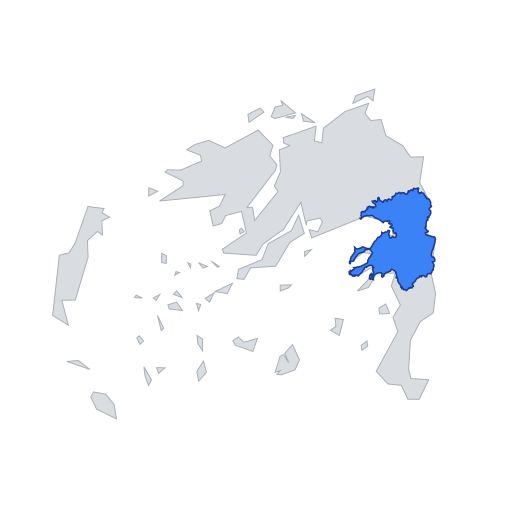 location of Kentrikis Makedonias, Kentriki Makedonia, Greece, rotated 101°
{"feature_id": "26713481B13719921321351", "entity_name": "Kentrikis Makedonias", "entity_type": "district", "adm_level": 2, "iso_a3": "GRC", "parent_name": "Greece", "parent_adm1": "Kentriki Makedonia", "projection": "equal_earth", "projection_center": [23.125, 40.657], "detail": "fine", "context": "in_parent", "style": "filled", "palette": "blue", "viewbox_px": 512, "rotation_deg": 101, "n_neighbors": 0, "source": "geoboundaries", "source_scale": "gbopen_adm2", "svg_char_len": 9728}
<svg xmlns="http://www.w3.org/2000/svg" viewBox="0 0 512 512"><g transform="rotate(101 256 256)"><path d="M344.4,62.8L365.6,68.5L367.6,79.6L355.2,88.7L356.5,102.1L346.2,116.0L303.2,102.3L290.0,109.9L276.5,104.9L259.7,117.4L246.1,116.1L250.6,134.5L265.4,139.6L271.0,149.8L252.6,137.9L244.7,139.5L255.0,151.6L254.1,160.0L242.0,145.5L231.7,143.2L232.1,151.6L242.4,160.4L230.5,158.7L226.9,145.9L209.1,135.6L210.2,124.9L197.7,130.2L196.0,156.0L227.6,204.7L220.1,208.9L220.4,200.0L210.1,197.3L206.5,200.0L208.5,205.0L212.0,212.9L216.3,212.5L194.8,222.2L224.4,233.9L243.1,251.5L255.3,256.0L259.3,288.3L255.7,290.2L235.2,269.7L215.0,278.7L222.0,293.5L230.6,295.8L234.7,303.8L220.4,309.9L214.1,301.4L201.5,298.0L220.4,361.1L201.0,341.1L196.3,341.9L191.0,361.1L188.3,359.5L186.1,346.4L173.2,327.5L167.8,329.7L164.9,344.3L158.2,337.1L151.5,324.5L155.8,306.9L132.0,277.9L144.2,260.4L155.2,261.7L162.5,252.9L168.1,253.3L210.0,274.1L208.8,268.8L221.4,264.0L188.4,246.6L184.0,251.3L168.6,248.1L147.3,253.3L141.2,243.8L139.9,250.3L134.7,251.9L117.1,221.8L131.9,220.6L132.3,213.0L117.6,214.2L97.2,196.1L84.6,174.5L95.2,176.2L101.1,169.2L98.2,159.2L113.1,151.5L119.7,133.0L129.4,123.1L126.7,110.4L152.8,109.3L170.7,94.7L192.0,95.4L201.8,92.0L204.3,83.5L240.5,80.4L258.4,72.6L278.0,71.2L288.9,82.1L309.3,88.4L337.9,84.6L346.8,80.5L344.4,62.8ZM250.9,414.1L264.7,410.6L262.2,416.4L273.0,424.4L289.2,420.6L333.7,425.0L336.5,438.2L359.7,427.0L353.1,444.3L292.8,449.2L288.7,440.2L277.9,436.0L239.5,430.4L238.4,414.2L243.0,415.4L245.8,407.1L250.9,414.1ZM224.6,212.9L236.1,225.3L262.2,234.7L268.7,259.1L281.2,263.3L281.9,270.5L272.4,270.6L258.5,249.4L241.6,246.4L224.3,226.0L207.8,222.0L224.6,212.9ZM360.3,196.0L367.8,208.4L368.1,212.9L363.9,210.4L366.5,215.0L349.8,213.2L347.5,210.1L354.5,203.4L346.0,209.2L336.0,203.3L349.7,193.5L360.3,196.0ZM426.1,391.2L420.5,389.6L420.3,377.1L428.8,367.0L442.5,361.9L436.7,383.3L426.1,391.2ZM347.6,259.2L343.5,262.5L338.8,257.8L343.0,251.5L336.6,238.9L350.2,240.8L347.6,259.2ZM108.0,244.6L117.5,263.6L116.3,267.7L106.0,265.6L103.0,258.3L98.6,261.4L108.0,244.6ZM87.7,190.1L79.4,188.5L69.5,171.2L81.5,170.8L78.0,176.8L87.7,190.1ZM318.0,159.0L314.7,168.9L310.0,164.1L302.0,166.4L301.7,158.1L318.0,159.0ZM379.6,282.5L389.7,288.4L380.7,292.1L369.1,287.5L379.6,282.5ZM289.3,123.5L283.8,125.5L278.3,119.5L286.9,113.9L289.3,123.5ZM113.2,275.7L126.2,288.4L118.5,290.9L110.0,280.0L113.2,275.7ZM324.6,331.0L320.7,333.2L316.5,325.1L323.5,317.9L324.6,331.0ZM298.4,277.1L298.7,289.3L287.2,273.9L298.4,277.1ZM399.0,397.5L395.6,421.5L392.5,410.5L399.0,397.5ZM114.6,235.2L107.7,238.4L113.9,223.5L114.6,235.2ZM217.6,372.8L209.5,374.2L211.2,364.8L217.6,372.8ZM386.1,344.9L397.5,335.0L403.6,336.7L394.9,342.0L386.1,344.9ZM345.3,298.7L347.7,292.6L359.2,290.4L352.9,296.4L345.3,298.7ZM310.9,320.6L309.4,329.7L305.3,327.2L310.9,320.6ZM310.2,292.9L307.3,297.8L300.2,290.2L310.2,292.9ZM285.8,225.5L280.0,226.7L277.6,215.8L281.0,217.9L285.8,225.5ZM328.4,134.1L323.6,135.6L318.2,130.9L323.3,129.1L328.4,134.1ZM280.5,342.8L280.3,347.4L271.4,349.1L272.7,343.9L280.5,342.8ZM347.3,334.8L333.3,341.3L344.5,332.8L347.3,334.8ZM274.3,291.8L269.5,298.8L273.4,289.9L274.3,291.8ZM320.7,302.0L313.9,305.4L314.1,301.0L320.7,302.0ZM364.8,353.1L359.2,357.4L356.5,355.4L360.8,350.1L364.8,353.1ZM389.8,329.1L384.6,332.3L383.1,324.1L389.8,329.1ZM277.9,305.7L273.5,311.1L275.7,301.8L277.9,305.7ZM113.9,245.9L114.2,253.5L110.6,244.2L113.9,245.9ZM318.6,345.5L316.8,348.9L312.2,343.1L318.6,345.5ZM247.1,208.2L242.2,209.2L239.1,202.8L247.1,208.2ZM237.3,275.9L233.7,277.3L231.6,275.6L234.4,272.2L237.3,275.9ZM280.1,318.1L275.6,321.6L276.3,318.4L280.1,318.1ZM318.9,359.6L320.1,367.3L317.3,366.2L318.9,359.6ZM290.4,332.1L286.6,331.5L286.8,327.9L290.4,332.1Z" fill="#d9dde1" stroke="#a8b0b8" stroke-width="1"/><path d="M240.1,81.0L239.1,80.9L238.1,80.2L236.8,80.3L235.9,79.4L234.1,79.7L232.2,79.3L231.4,79.8L230.6,79.6L228.1,81.7L227.2,79.7L226.5,79.6L225.5,79.7L223.4,81.0L223.2,81.7L223.3,82.3L223.0,83.3L221.2,84.2L218.7,84.1L218.0,84.3L214.8,83.4L214.1,83.6L212.3,83.4L210.6,83.0L208.0,83.0L206.2,83.3L205.3,83.0L204.6,83.6L203.7,83.8L203.2,84.8L203.3,85.4L203.6,85.7L203.2,86.7L203.4,87.1L202.8,92.9L202.2,93.6L201.2,94.2L199.2,91.6L198.4,92.1L198.3,93.0L197.2,94.5L196.0,95.4L195.4,95.3L194.9,94.7L191.5,95.3L188.7,95.3L188.1,94.8L188.1,94.3L187.3,94.6L186.9,94.3L186.4,94.6L185.8,94.4L185.1,95.3L184.9,95.2L184.9,94.4L184.6,93.9L184.7,93.6L183.8,93.7L182.4,92.9L180.1,92.6L179.6,92.9L178.3,93.2L177.2,94.9L176.3,95.0L175.7,94.5L174.7,94.2L174.3,93.4L173.8,93.2L171.9,94.6L169.9,94.8L167.3,96.8L166.8,98.1L167.2,99.2L167.0,99.5L166.6,99.8L166.0,99.7L166.0,100.4L164.6,101.3L164.4,102.1L162.4,103.3L162.5,105.1L161.9,105.5L161.8,105.8L162.3,106.2L162.7,107.1L163.5,107.2L163.6,107.7L162.7,108.3L162.4,108.7L159.9,109.7L159.5,110.1L159.3,109.9L159.4,109.4L158.8,109.2L158.3,109.6L158.6,110.5L159.8,112.2L159.6,112.8L159.8,113.4L159.4,114.0L160.1,114.6L161.1,114.3L162.1,114.7L161.4,116.4L162.8,117.3L162.9,118.6L163.1,118.9L163.8,119.0L164.0,118.4L164.3,118.3L165.2,119.3L166.8,119.8L166.6,121.6L165.9,122.1L166.0,122.7L165.7,123.1L166.0,123.7L165.9,124.6L167.1,125.7L167.1,126.1L166.2,126.8L166.3,127.6L167.6,128.9L167.8,130.2L167.7,130.6L170.1,131.2L170.7,132.0L171.3,132.1L172.0,132.9L171.5,133.2L171.7,133.6L173.8,133.3L175.2,133.8L175.1,135.2L174.7,135.9L174.7,136.7L175.5,137.1L176.1,138.0L177.2,137.8L177.3,138.1L176.3,138.9L176.2,139.9L177.6,141.2L178.6,141.1L179.0,141.6L179.0,142.0L178.5,142.6L177.9,144.9L175.6,146.2L175.1,146.9L175.6,147.4L177.0,147.4L178.5,147.0L179.7,147.4L180.2,148.2L179.3,148.5L178.8,149.5L178.9,149.8L179.7,149.7L179.5,150.9L179.9,151.8L179.9,152.3L181.0,151.8L181.9,150.2L182.1,149.2L183.0,148.3L183.5,148.3L184.4,147.9L185.8,149.3L185.4,150.1L185.5,150.8L185.9,150.2L186.5,150.2L186.2,152.6L186.0,153.4L185.6,153.5L185.5,154.2L186.1,154.4L186.1,155.0L186.7,155.3L186.9,155.9L187.7,155.3L188.2,156.1L189.1,155.8L189.5,156.4L190.4,157.0L191.6,157.4L191.9,157.7L191.5,158.3L192.0,158.6L191.9,159.8L192.3,160.5L192.6,160.4L193.4,161.1L193.9,160.8L196.3,160.6L197.4,159.7L198.6,160.1L199.1,161.1L199.7,160.4L199.3,159.7L197.8,158.9L196.1,157.4L195.8,156.0L195.1,154.9L195.0,152.6L194.1,150.0L194.5,148.4L195.9,146.4L195.8,145.3L196.4,142.7L197.5,140.2L199.0,137.7L199.0,137.4L197.5,136.8L196.9,135.2L196.7,133.2L195.8,132.1L196.4,131.3L198.7,131.8L198.7,131.1L199.2,130.5L198.6,129.2L199.0,128.5L199.9,128.3L201.5,129.9L201.9,129.5L201.6,128.8L202.2,129.6L202.3,129.2L202.2,128.7L202.9,129.2L202.2,128.0L202.5,127.7L202.5,126.7L203.9,126.1L204.8,126.4L206.6,125.4L207.3,124.8L207.4,123.8L206.5,123.2L206.8,122.8L207.6,122.9L208.2,122.3L209.2,121.9L209.5,122.3L210.6,122.4L211.4,123.1L211.3,124.8L210.7,125.5L212.7,127.1L212.3,128.1L210.4,129.4L208.7,129.9L206.1,129.6L205.7,129.9L205.6,131.2L207.3,131.9L207.8,133.0L207.7,133.7L208.5,134.1L209.3,135.7L208.8,137.0L211.1,136.7L211.7,137.1L212.9,137.4L214.1,138.6L214.4,139.9L217.9,141.3L219.7,142.7L220.9,142.8L222.1,143.6L224.2,144.1L226.3,144.9L227.0,145.7L227.3,147.0L227.8,147.0L227.7,146.1L228.4,144.6L230.1,142.7L230.7,142.4L231.9,142.5L233.8,143.4L234.7,143.5L236.0,144.6L237.6,144.9L238.5,145.4L239.8,145.2L241.4,145.4L242.4,146.3L242.9,147.3L243.4,147.4L244.1,148.1L245.0,150.0L246.6,151.5L246.7,152.5L247.4,153.0L247.2,154.4L248.3,155.7L248.3,156.5L248.8,157.8L249.0,157.5L249.0,156.8L249.4,156.7L250.3,157.3L250.9,158.3L252.2,158.9L252.1,160.3L252.9,160.2L252.8,159.7L253.1,160.0L253.2,160.4L252.9,161.0L253.6,161.5L254.1,161.6L254.7,161.0L255.7,161.1L256.1,160.5L254.9,160.1L256.1,159.8L256.2,159.4L255.8,159.0L255.9,158.7L256.4,158.0L256.7,158.2L257.1,157.8L257.3,157.2L257.1,156.0L256.0,156.1L255.8,155.7L255.8,155.4L256.7,154.8L255.5,153.4L255.6,152.4L256.2,152.0L256.0,151.7L253.5,150.2L252.5,149.2L248.8,147.9L248.1,147.2L247.4,147.5L246.7,147.3L246.0,146.2L246.0,145.3L245.1,145.1L244.4,143.9L243.8,143.4L243.2,142.0L243.2,141.0L243.7,139.3L244.6,139.3L244.6,138.8L244.9,138.2L247.0,139.1L248.1,138.1L250.0,137.2L251.6,137.8L252.2,137.5L253.4,137.8L254.7,138.5L255.4,139.8L256.5,140.4L257.0,139.3L256.5,138.0L256.8,136.2L255.3,136.8L253.3,136.6L251.5,135.8L250.2,134.4L248.9,132.2L248.6,130.7L248.7,129.5L249.2,128.9L251.7,128.9L252.3,128.6L252.7,128.0L251.7,127.4L251.7,126.9L251.2,126.6L250.9,126.9L249.9,126.6L249.1,126.8L248.5,125.5L247.9,125.4L247.0,124.8L246.7,123.3L245.6,122.1L245.2,121.2L243.2,120.6L243.2,119.6L243.9,117.6L245.2,115.5L246.1,115.6L247.0,114.8L249.1,114.1L250.5,114.4L250.8,114.0L250.3,113.2L251.3,112.7L251.6,112.3L253.4,112.1L255.7,110.3L255.9,109.6L257.3,108.6L257.3,108.1L259.0,107.8L258.6,106.6L259.4,106.3L260.3,106.7L260.4,106.4L260.0,105.6L261.0,104.4L260.5,103.4L261.2,101.6L258.8,100.1L258.6,99.7L258.3,99.7L258.3,99.2L257.7,99.2L257.5,98.1L257.8,97.8L257.5,97.0L257.3,97.2L256.5,96.5L256.1,96.5L255.8,95.7L254.9,96.0L254.1,97.2L252.9,97.1L252.8,96.6L252.3,96.0L251.6,96.0L250.2,94.7L249.4,94.8L248.2,94.1L247.6,94.0L245.4,91.2L244.8,91.5L244.3,91.3L244.2,90.4L244.6,89.8L243.9,89.8L243.5,89.4L243.8,88.7L243.2,87.9L243.6,86.4L244.2,85.9L244.0,85.1L243.5,84.5L241.3,84.4L240.5,84.0L240.4,82.7L240.0,82.2L240.2,81.6L240.1,81.0ZM229.6,150.2L228.8,149.4L228.4,147.8L227.8,147.0L227.3,147.1L227.5,148.0L227.1,150.1L227.3,150.9L226.6,152.3L226.7,153.3L228.0,154.2L228.2,155.1L228.9,156.0L229.9,158.1L229.6,159.1L228.7,160.7L229.7,160.2L231.2,160.4L232.5,159.7L233.4,159.8L237.2,161.7L238.3,161.9L238.9,162.5L242.9,162.7L244.1,163.2L245.6,162.7L245.4,161.9L244.0,162.1L243.2,161.8L242.5,159.5L242.1,159.2L239.0,158.3L234.6,156.2L233.0,154.2L232.2,152.3L231.4,151.0L230.5,150.2L229.6,150.2ZM253.1,140.2L253.1,139.5L252.7,138.8L251.3,139.6L253.5,140.7L254.1,140.6L253.1,140.2Z" fill="#3b82f6" stroke="#1e3a8a" stroke-width="1.5"/></g></svg>